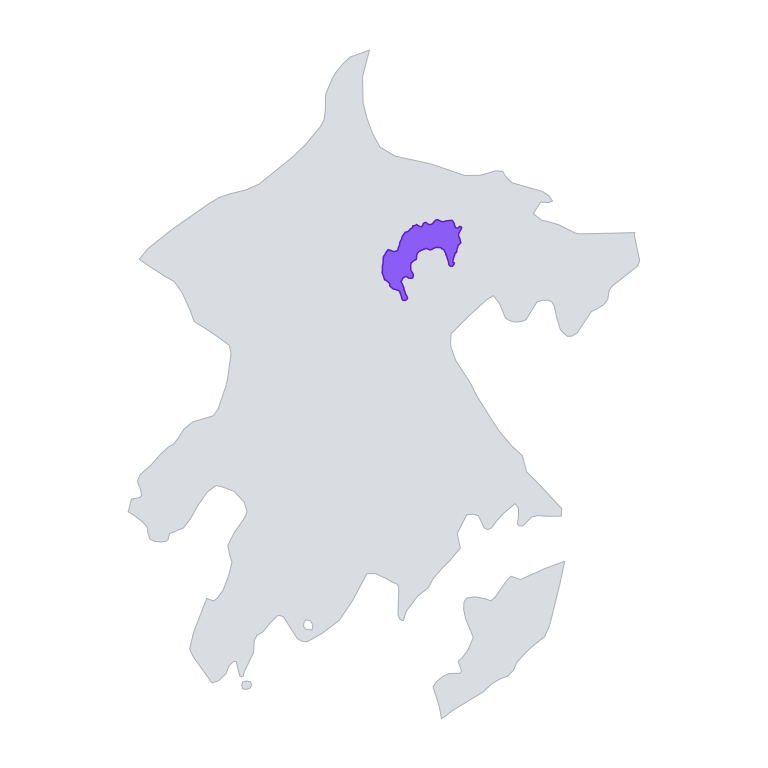 location of Sabirabad District, Sabirabad, Azerbaijan, rotated 271°
{"feature_id": "54616110B21396185337631", "entity_name": "Sabirabad District", "entity_type": "district", "adm_level": 2, "iso_a3": "AZE", "parent_name": "Azerbaijan", "parent_adm1": "Sabirabad", "projection": "robinson", "projection_center": [48.66, 39.895], "detail": "fine", "context": "in_parent", "style": "filled", "palette": "violet", "viewbox_px": 768, "rotation_deg": 271, "n_neighbors": 0, "source": "geoboundaries", "source_scale": "gbopen_adm2", "svg_char_len": 5926}
<svg xmlns="http://www.w3.org/2000/svg" viewBox="0 0 768 768"><g transform="rotate(271 384 384)"><path d="M539.7,632.2L536.3,631.9L511.7,637.5L506.6,635.7L485.6,610.2L481.2,607.4L472.2,606.2L466.9,602.0L462.6,595.2L460.1,590.1L438.4,576.2L435.2,571.2L434.8,566.7L438.0,562.7L441.7,559.3L452.2,555.9L464.6,552.9L468.6,550.8L470.6,547.1L470.5,541.2L468.5,535.4L450.7,524.8L448.8,520.3L448.2,514.7L449.3,508.9L452.0,504.3L466.5,498.1L474.3,491.7L469.5,484.5L453.9,468.1L435.4,450.1L423.1,449.9L408.8,455.3L386.0,470.6L373.3,477.2L356.8,488.0L338.8,500.1L324.1,513.0L314.8,523.6L298.5,528.2L290.2,537.1L262.6,563.8L255.0,563.5L254.6,550.2L255.1,539.7L253.4,533.7L244.6,525.4L244.5,521.8L246.9,519.6L253.7,520.9L262.4,520.5L266.6,517.2L257.3,506.3L249.1,499.0L242.1,494.1L240.6,491.2L240.6,489.1L242.1,486.6L254.1,480.6L255.4,475.1L254.6,468.9L235.6,459.8L221.3,463.2L208.6,452.9L200.5,445.1L190.3,436.6L181.2,432.0L172.6,421.4L157.4,410.4L147.7,407.3L147.9,405.6L149.7,403.6L153.8,402.0L180.9,402.4L184.3,400.4L186.0,395.8L189.8,388.9L194.3,378.7L194.0,370.2L167.0,356.4L147.4,343.7L133.9,327.0L124.9,311.7L125.3,306.6L128.0,301.7L149.3,287.6L150.8,284.0L150.4,281.5L143.0,274.3L133.6,266.9L130.7,261.4L124.8,258.6L113.5,258.4L93.8,249.3L89.6,248.4L88.7,246.6L89.7,244.8L103.9,241.1L103.8,238.0L99.5,234.0L91.6,231.1L84.4,223.8L82.0,217.3L107.8,198.1L115.4,194.3L132.0,197.8L166.5,210.5L164.1,217.5L167.5,221.5L175.4,226.9L190.6,232.3L203.5,235.1L210.1,232.8L220.1,230.7L233.0,237.0L244.8,245.0L250.7,248.2L253.9,249.2L263.0,246.5L274.0,236.2L278.3,223.8L279.6,217.9L273.3,209.6L260.4,200.7L245.8,192.8L236.5,185.9L230.7,172.2L224.6,170.7L223.1,169.0L222.2,164.3L222.5,157.8L224.7,152.7L230.6,150.6L236.6,149.8L242.0,145.0L248.8,135.6L251.8,130.5L264.5,133.4L266.1,141.8L268.3,143.6L273.6,142.6L282.4,139.1L289.3,141.8L298.2,151.8L310.6,162.4L317.2,169.5L319.9,174.4L326.2,179.1L335.4,184.7L342.8,193.4L349.2,213.8L355.9,218.5L379.9,226.2L388.3,227.8L411.8,230.5L420.1,228.6L432.3,211.0L443.3,193.0L453.5,189.2L471.9,180.5L482.9,172.3L487.6,163.4L498.0,146.6L504.4,137.2L515.2,145.5L534.0,168.3L560.9,205.2L567.5,215.7L571.8,227.8L575.6,242.5L581.7,255.6L609.1,288.3L621.0,300.4L640.3,316.0L647.2,319.5L656.2,320.5L672.7,320.6L688.0,326.7L695.5,331.0L703.3,337.2L710.4,344.4L717.5,363.6L691.0,357.2L664.3,358.2L649.3,362.4L634.7,368.0L620.7,375.9L612.0,391.4L604.7,427.4L593.9,461.1L594.4,476.8L599.1,491.8L598.6,498.9L593.7,501.9L587.5,508.3L579.2,539.3L575.1,545.4L569.8,549.3L568.3,545.6L568.6,537.5L556.9,530.3L550.7,538.4L546.5,555.4L537.9,573.4L537.5,576.8L539.7,632.2ZM145.7,314.9L147.0,310.1L143.7,308.0L140.2,307.8L137.1,310.2L137.0,316.2L141.2,317.3L145.7,314.9ZM56.2,455.0L52.2,450.0L50.5,447.3L62.3,445.0L82.0,438.3L87.3,441.5L92.9,448.3L95.7,454.1L96.1,464.9L98.4,466.6L108.0,463.0L112.2,467.4L119.5,472.6L132.2,477.7L150.7,469.7L159.9,467.6L167.4,467.8L171.4,470.3L172.8,478.7L171.2,489.0L169.0,494.7L172.8,498.8L187.8,508.7L194.0,514.3L190.9,523.9L201.9,547.3L205.6,556.4L209.9,567.7L186.9,563.3L145.5,553.8L134.1,548.9L123.4,535.9L117.1,529.6L107.7,521.5L99.9,518.4L94.1,512.8L90.8,504.4L86.0,496.9L77.6,488.1L58.6,458.1L56.2,455.0ZM84.0,255.4L81.4,257.1L77.5,255.4L76.3,251.7L76.7,247.9L80.6,247.0L83.8,248.1L84.6,251.6L84.0,255.4Z" fill="#d9dde1" stroke="#a8b0b8" stroke-width="1"/><path d="M495.7,380.0L494.0,380.7L491.8,381.6L488.2,382.8L487.8,384.0L486.1,386.4L484.5,387.8L482.5,388.0L481.6,388.6L480.5,390.0L479.2,391.5L478.9,393.3L478.2,395.1L477.8,396.9L476.5,398.2L474.9,398.7L473.5,399.3L471.6,399.9L469.9,400.3L468.9,400.7L468.8,400.8L468.0,401.6L467.9,404.0L468.5,404.7L468.8,405.1L469.8,405.9L471.0,405.9L472.6,405.1L474.8,403.8L476.8,403.3L478.9,402.4L480.2,402.2L482.3,401.5L483.7,400.8L484.8,400.3L486.9,399.2L487.2,399.3L487.8,400.0L489.3,400.6L490.3,401.2L490.9,402.1L491.6,403.0L491.9,404.0L491.6,404.8L490.8,405.9L490.3,407.1L490.0,409.0L490.3,410.0L490.7,411.1L492.1,411.2L493.4,411.5L495.2,410.8L496.1,410.3L497.2,409.4L498.3,408.9L499.7,408.8L501.3,408.7L502.5,408.5L505.3,409.0L506.0,409.7L507.5,411.3L508.4,412.6L509.1,414.0L510.6,414.4L512.8,414.3L514.3,414.7L515.7,415.4L517.0,416.6L517.7,418.0L518.5,419.0L518.8,420.2L519.4,421.3L520.3,424.2L519.5,426.0L518.9,427.5L519.3,429.4L520.3,430.8L521.1,432.6L521.5,434.1L521.4,436.7L521.3,438.6L520.0,439.6L519.9,440.6L518.8,441.8L517.7,442.4L515.7,443.3L514.3,443.6L513.2,444.5L511.9,444.7L510.9,445.0L509.0,445.7L507.0,446.5L504.7,446.6L503.5,447.6L502.8,448.8L502.9,450.4L503.9,451.2L505.4,452.2L506.3,452.2L507.1,450.8L507.6,450.6L509.0,450.8L510.9,451.3L512.2,451.6L512.9,451.9L514.2,452.5L516.0,452.7L516.6,453.8L517.6,454.4L519.0,454.5L520.2,454.5L520.9,454.9L522.0,455.3L524.0,455.7L524.0,455.8L524.8,456.7L525.6,457.5L526.1,457.9L526.7,458.4L527.6,457.9L529.2,457.6L529.6,457.5L531.7,456.9L532.9,456.1L534.2,456.0L535.8,456.1L537.3,456.8L539.0,457.8L540.6,458.7L541.7,458.9L542.7,458.2L542.8,456.7L541.3,455.4L541.1,454.2L541.7,452.7L543.6,452.0L545.9,451.3L547.4,450.4L548.5,449.6L548.8,449.2L548.8,448.2L548.5,446.4L548.3,444.5L548.1,443.1L547.4,440.9L547.2,439.8L547.7,438.2L548.4,436.3L549.2,435.0L549.0,433.1L547.6,431.7L546.2,430.5L545.2,429.7L544.6,428.9L544.2,427.5L544.2,426.4L544.7,425.1L545.6,424.0L546.3,423.3L546.2,422.2L545.6,421.1L544.8,420.3L543.4,420.0L542.3,419.1L541.9,418.5L542.0,417.2L542.6,416.0L543.0,415.2L543.7,414.4L544.0,413.6L543.7,413.5L543.1,412.6L542.8,411.3L542.4,409.9L541.0,409.9L540.3,409.1L539.4,407.5L537.9,406.4L536.9,405.2L536.5,403.9L536.1,402.5L534.4,401.5L533.2,400.4L532.6,400.1L531.3,399.5L530.0,399.2L528.0,398.6L527.1,397.9L525.9,397.4L524.2,397.2L522.4,396.8L521.6,396.4L520.4,395.9L518.9,395.7L517.5,395.1L517.0,393.4L516.5,391.2L517.1,389.8L517.9,387.7L518.4,385.8L516.9,384.6L514.9,383.4L513.1,382.4L511.4,381.3L509.6,381.0L506.9,381.0L504.3,381.0L502.4,380.3L500.3,380.4L497.9,380.4L497.7,380.4L496.5,380.4L495.7,380.0Z" fill="#8b5cf6" stroke="#5b21b6" stroke-width="1.5"/></g></svg>